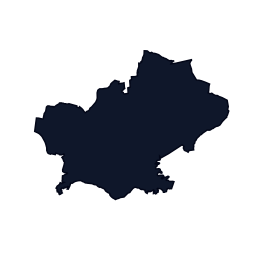 the district of Adamus, Mures, Romania, rotated 289°
{"feature_id": "2599482B10213033465232", "entity_name": "Adamus", "entity_type": "district", "adm_level": 2, "iso_a3": "ROU", "parent_name": "Romania", "parent_adm1": "Mures", "projection": "orthographic", "projection_center": [24.206, 46.308], "detail": "fine", "context": "isolated", "style": "filled", "palette": "ink", "viewbox_px": 256, "rotation_deg": 289, "n_neighbors": 0, "source": "geoboundaries", "source_scale": "gbopen_adm2", "svg_char_len": 5714}
<svg xmlns="http://www.w3.org/2000/svg" viewBox="0 0 256 256"><g transform="rotate(289 128 128)"><path d="M213.2,165.7L204.7,152.0L202.7,147.8L204.9,148.3L206.2,149.3L206.3,149.1L205.8,147.9L205.9,147.3L205.5,146.2L205.2,145.7L205.1,145.0L205.2,144.6L205.2,144.1L205.5,143.1L205.5,142.5L205.8,141.9L205.9,140.6L205.7,139.7L206.0,139.1L206.1,138.0L205.9,137.2L207.3,133.1L207.3,130.0L207.2,128.9L206.7,127.2L207.1,126.2L207.2,125.7L206.7,125.1L205.9,124.7L206.3,124.0L206.4,122.9L207.1,121.5L207.1,121.0L206.3,118.2L203.0,119.2L201.7,119.3L199.3,119.0L197.6,119.3L194.9,119.3L194.7,118.7L194.0,118.9L193.3,118.5L193.0,117.8L192.8,117.1L189.5,118.3L185.2,118.3L184.4,118.5L183.9,118.8L184.2,119.3L183.9,119.5L183.5,118.9L183.2,119.1L183.0,118.8L180.9,119.7L180.5,120.0L179.0,118.3L177.6,114.6L175.0,115.6L173.8,114.3L173.3,114.3L167.4,116.8L165.9,114.8L160.8,116.9L158.9,113.4L159.5,112.2L160.0,111.9L160.2,111.2L160.1,110.3L161.4,110.2L163.0,111.4L163.3,111.4L163.7,111.2L164.3,112.0L165.7,111.1L166.1,111.0L169.4,109.5L168.7,108.6L167.3,105.6L166.8,104.9L167.4,104.6L169.1,104.4L168.8,102.8L168.8,100.1L165.7,98.2L164.0,97.4L162.1,97.4L159.4,96.0L158.9,95.3L158.2,94.1L158.0,93.4L156.6,90.9L155.8,88.5L154.5,87.5L153.7,87.2L151.2,87.4L146.6,89.1L144.9,89.4L141.8,89.1L136.2,86.9L134.2,85.6L133.0,85.7L131.5,85.2L130.3,83.7L128.7,82.9L128.6,82.5L129.2,81.1L130.5,79.5L131.4,77.8L132.3,75.3L131.1,75.3L131.1,72.6L132.2,72.4L131.7,64.2L131.3,63.9L131.0,63.0L130.7,62.7L130.4,61.5L130.7,61.3L130.2,60.0L130.3,58.4L129.7,57.0L130.0,56.8L129.4,55.2L129.1,55.0L128.7,55.2L126.0,52.8L125.5,52.6L123.8,51.3L123.5,50.5L123.9,50.3L123.1,47.5L123.2,46.7L122.9,45.4L122.7,44.9L122.0,44.4L121.2,44.1L117.6,44.7L115.8,44.6L114.5,44.1L109.1,44.8L108.8,44.6L108.6,44.2L108.2,40.3L107.6,38.2L94.4,40.9L94.1,44.1L93.7,46.1L92.5,48.6L91.9,49.6L87.8,54.1L86.2,55.4L82.9,57.6L80.4,58.5L79.0,59.6L78.2,60.5L78.0,61.3L78.0,62.9L78.1,63.4L78.7,63.9L78.9,64.4L78.9,65.5L79.2,67.9L80.7,67.8L80.9,72.0L80.5,72.1L80.8,73.5L82.5,75.8L81.6,76.6L81.0,76.5L78.7,75.1L77.8,76.4L75.6,78.2L75.7,78.7L75.5,78.9L74.3,79.3L72.1,79.6L67.2,79.8L65.6,80.5L65.6,81.2L65.1,82.3L65.5,83.3L65.7,84.3L65.5,85.4L64.8,85.2L63.8,83.9L61.7,82.3L61.5,81.7L59.0,82.3L58.6,83.0L58.2,83.0L57.8,82.7L56.5,83.0L55.5,83.5L55.7,85.1L54.9,84.3L54.0,83.7L54.2,81.7L52.6,81.6L51.4,81.0L50.0,80.0L47.7,79.6L46.9,81.3L46.2,81.1L45.9,81.2L46.1,81.4L46.0,81.5L45.5,82.1L45.0,81.9L44.7,82.0L45.0,82.7L44.6,83.0L44.7,83.5L44.6,83.8L44.0,83.8L43.5,84.3L43.2,84.3L42.8,84.8L43.2,85.4L45.2,87.0L45.6,86.4L47.6,85.5L47.8,84.4L48.0,84.3L49.3,84.8L49.9,85.4L49.7,86.6L50.2,87.1L51.2,87.1L51.1,88.1L51.6,88.3L52.0,89.0L53.1,89.9L53.0,90.5L50.5,90.3L50.7,91.4L53.9,91.8L57.2,91.8L57.7,93.3L59.9,95.0L60.9,96.3L62.0,98.1L62.9,100.3L62.9,101.1L62.6,102.5L62.6,104.2L62.2,105.5L62.4,105.9L62.6,107.3L63.7,112.2L63.5,114.4L64.0,116.9L63.5,117.5L63.0,118.6L62.8,119.7L62.7,120.3L63.2,120.7L62.7,125.6L61.2,127.3L60.4,129.8L60.4,130.9L59.9,132.1L59.3,132.6L58.9,132.6L58.2,133.5L57.4,135.1L56.8,136.9L56.7,138.2L56.3,139.3L57.7,140.9L58.4,142.0L59.8,143.4L61.5,146.7L66.4,149.1L67.6,150.6L68.0,150.8L69.0,151.0L72.3,152.2L73.7,153.2L74.3,154.0L74.5,155.0L74.4,156.4L74.9,157.7L74.2,160.1L74.3,161.0L74.6,161.4L74.9,164.1L74.1,164.5L73.0,165.4L72.7,166.0L72.4,167.4L73.5,167.5L74.0,167.0L74.1,167.3L74.7,167.4L75.1,167.9L75.0,168.3L74.7,168.4L75.0,169.4L75.2,169.5L75.2,170.0L76.2,170.9L76.8,171.8L77.5,171.8L77.9,172.2L77.3,173.4L76.9,173.8L76.8,173.7L76.9,173.0L74.7,173.2L74.5,173.3L75.1,173.6L74.7,175.4L75.1,175.6L75.2,175.9L75.4,175.7L75.6,176.1L76.1,176.1L76.3,176.5L76.6,176.6L77.1,177.3L78.6,177.0L78.5,176.8L78.5,176.6L79.0,176.6L79.2,176.1L79.7,176.2L80.0,175.5L80.2,175.4L80.5,175.6L81.2,178.6L80.6,180.1L80.6,180.6L79.6,181.9L78.8,182.4L79.1,183.4L80.2,184.5L80.4,185.0L80.5,185.0L81.7,184.8L83.5,185.0L84.1,186.0L84.0,186.3L84.1,187.4L84.5,187.6L84.8,188.9L92.2,188.9L92.1,187.7L91.1,185.0L91.0,184.0L91.6,183.1L91.5,182.4L91.1,181.7L91.0,181.3L91.4,181.0L92.3,181.1L94.5,182.6L95.2,182.6L95.4,182.3L95.4,181.6L95.2,181.2L93.9,180.0L93.2,178.6L91.2,177.1L91.1,176.7L91.1,176.3L91.4,175.9L92.0,176.0L92.5,176.3L93.4,177.2L94.1,177.5L94.7,176.6L94.7,176.2L93.9,174.3L93.7,173.6L92.8,172.6L92.7,172.0L92.9,171.3L93.2,171.1L94.3,170.9L95.8,171.1L96.2,171.7L96.1,173.9L96.2,174.3L96.4,174.7L96.7,174.7L97.4,174.3L98.2,172.4L99.2,172.0L99.4,171.8L99.6,170.9L99.5,170.4L99.3,169.6L98.5,168.9L98.5,167.7L99.7,167.2L100.0,166.7L100.6,166.8L101.4,167.8L102.0,167.8L102.8,167.0L102.9,165.5L103.4,165.3L103.7,165.5L103.8,165.9L103.4,168.3L103.7,168.7L104.6,169.3L105.0,169.2L105.2,168.8L104.9,166.8L105.0,166.2L105.3,165.9L106.7,166.0L107.0,166.3L108.0,168.4L108.3,168.6L108.6,168.7L109.1,168.5L109.5,167.9L111.6,167.1L111.0,168.1L110.3,168.7L116.9,174.6L129.6,184.5L129.4,185.7L128.8,186.9L127.5,186.8L126.9,187.0L126.1,187.9L125.6,188.1L125.1,189.5L125.2,190.9L124.7,192.7L125.4,192.9L126.5,192.9L128.7,197.2L130.3,196.4L132.3,196.1L133.5,195.3L135.5,196.0L137.3,195.6L138.3,196.2L140.7,196.5L143.8,198.1L144.7,198.3L145.6,199.3L147.9,200.6L151.7,203.4L152.0,204.0L152.4,205.5L153.0,206.5L154.6,207.6L155.3,208.6L156.3,209.2L158.0,210.6L159.3,212.6L160.8,213.9L164.9,215.1L168.8,216.9L170.3,217.8L171.1,217.5L172.6,217.8L176.9,217.7L177.7,216.2L180.9,215.8L186.5,212.7L187.3,207.3L187.4,205.2L187.3,204.2L187.8,202.1L187.2,199.9L187.4,199.0L187.2,198.4L187.5,198.0L187.4,197.5L187.8,197.1L188.1,196.0L188.0,195.7L187.1,194.5L187.0,194.1L187.3,193.3L187.3,192.4L189.3,192.2L194.2,190.9L196.1,190.8L196.4,186.5L196.5,182.3L196.3,179.8L195.6,177.2L201.3,170.3L204.5,168.7L207.5,166.3L209.2,165.3L211.5,165.4L212.5,166.0L213.2,165.7Z" fill="#0f172a" stroke="#020617" stroke-width="1.5"/></g></svg>